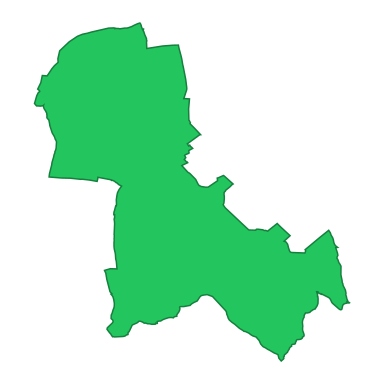 Secuieni, Bacau, Romania
{"feature_id": "2599482B43684925441609", "entity_name": "Secuieni", "entity_type": "district", "adm_level": 2, "iso_a3": "ROU", "parent_name": "Romania", "parent_adm1": "Bacau", "projection": "robinson", "projection_center": [27.105, 46.648], "detail": "fine", "context": "isolated", "style": "filled", "palette": "green", "viewbox_px": 384, "rotation_deg": 0, "n_neighbors": 0, "source": "geoboundaries", "source_scale": "gbopen_adm2", "svg_char_len": 5996}
<svg xmlns="http://www.w3.org/2000/svg" viewBox="0 0 384 384"><path d="M281.2,361.0L283.3,359.2L283.7,358.7L283.9,358.2L283.6,357.3L283.6,356.9L284.3,356.2L284.3,355.1L284.9,354.4L285.7,354.0L286.2,353.3L287.5,352.3L287.6,351.7L289.4,348.8L289.5,348.0L290.5,346.9L291.6,346.3L291.5,345.3L291.8,344.8L292.1,344.5L293.4,344.2L294.1,344.2L295.2,343.8L295.4,343.4L295.4,342.5L296.1,341.6L296.1,340.9L296.8,339.9L297.3,339.6L298.7,339.6L300.8,339.2L302.1,338.4L302.4,337.2L303.6,336.5L304.0,335.9L304.1,335.0L303.7,333.4L302.7,330.6L302.6,329.8L302.6,327.6L302.8,326.4L302.4,322.4L302.6,320.7L303.2,318.8L304.1,317.2L304.1,315.9L304.4,314.9L305.6,312.9L307.2,313.0L309.8,312.4L310.7,311.3L311.8,310.7L312.6,309.9L313.8,309.5L314.7,308.9L315.1,309.0L317.2,305.7L318.0,303.4L318.1,298.9L317.9,296.7L317.5,296.6L317.5,295.3L317.6,295.2L317.5,294.4L316.6,291.7L317.1,291.6L318.1,291.9L318.3,292.5L318.1,292.6L318.3,293.0L318.6,293.0L321.2,294.3L321.8,294.4L321.7,294.0L328.6,297.5L329.5,298.2L330.5,299.5L331.7,302.2L332.4,303.2L338.8,308.8L340.2,309.7L341.1,309.7L341.6,309.5L341.9,309.1L342.7,305.5L343.1,304.8L343.8,304.1L345.2,303.5L347.7,302.9L349.2,303.0L349.5,302.8L348.9,302.3L346.9,301.7L347.0,301.5L347.9,301.3L346.8,298.7L346.3,296.1L345.9,295.3L345.8,294.6L346.0,293.2L345.4,290.1L343.1,285.4L342.8,283.6L342.2,282.3L342.1,280.6L340.9,274.7L341.0,266.2L339.9,264.1L338.8,262.5L337.9,259.7L336.9,258.1L337.2,256.7L337.9,255.4L337.5,253.1L335.7,247.6L337.6,247.4L335.4,245.6L334.4,244.0L333.8,242.3L333.3,239.5L332.7,237.8L331.0,234.9L330.4,232.9L328.7,230.3L320.2,237.1L305.1,249.7L305.7,250.9L304.9,253.0L292.1,252.5L290.8,252.3L290.2,251.9L289.5,250.8L288.5,247.8L287.9,245.2L287.5,244.0L285.9,241.9L284.1,241.2L290.1,235.7L280.5,226.8L277.2,223.5L268.5,230.4L267.7,231.2L265.7,230.4L264.1,230.5L262.9,229.8L258.1,229.2L256.5,229.2L256.2,229.4L255.7,230.2L249.2,230.0L248.5,229.7L247.0,228.3L225.4,208.0L224.5,206.8L223.5,205.3L223.2,204.6L223.9,203.1L224.3,199.0L224.3,195.9L224.0,194.8L224.1,194.1L224.1,192.4L225.4,191.1L225.8,190.2L230.1,186.7L232.1,184.6L233.1,184.0L224.8,176.5L223.6,175.5L223.2,175.6L218.7,177.6L217.2,178.1L217.6,180.7L208.2,187.1L205.8,187.2L201.2,186.5L199.0,185.4L198.0,184.0L195.7,179.4L190.0,173.6L188.9,172.8L187.9,172.3L182.2,166.0L182.1,165.7L181.9,165.6L182.2,165.3L187.7,162.7L187.1,161.9L186.5,162.0L184.8,159.8L184.3,159.6L185.0,158.4L185.7,157.9L185.8,157.6L184.6,155.5L184.9,155.1L185.9,154.5L188.8,153.3L189.1,152.9L188.8,151.2L188.9,150.5L192.7,148.4L191.4,147.0L190.5,146.6L189.9,145.2L189.6,145.1L188.6,145.9L187.9,144.7L187.7,144.0L187.4,143.8L199.4,135.0L199.9,134.8L200.6,134.7L194.5,128.2L190.0,123.7L190.4,122.8L189.4,120.7L188.9,120.2L188.6,109.0L189.5,98.9L185.1,98.6L183.8,98.7L186.6,90.0L186.8,88.8L186.7,87.3L185.7,79.3L183.1,66.0L182.9,65.6L182.5,63.4L181.8,59.1L180.9,55.3L178.9,47.9L178.4,45.1L173.1,45.2L162.7,46.0L146.8,48.5L146.5,41.7L146.8,41.1L146.8,40.5L146.5,40.1L146.5,38.8L146.2,37.9L144.8,34.8L143.7,31.4L143.0,30.6L143.5,29.7L143.5,29.0L142.4,29.2L141.3,26.2L141.2,25.4L140.5,23.8L139.9,23.0L137.4,23.8L134.5,25.1L131.6,26.6L128.1,27.8L126.7,28.1L124.5,28.1L119.9,28.8L118.4,28.5L115.8,28.4L115.0,28.6L115.0,28.1L113.7,27.9L108.6,28.1L91.2,32.1L87.5,33.2L82.6,34.2L77.4,36.3L69.2,41.8L59.7,50.8L57.9,58.6L58.1,62.4L54.6,65.5L52.0,68.6L48.3,74.2L47.1,75.9L42.3,75.5L40.8,82.7L37.7,89.1L38.3,89.7L39.1,90.3L39.8,91.2L39.2,92.1L38.7,92.2L38.3,92.6L37.4,94.4L36.7,95.9L34.5,103.5L36.5,105.9L40.8,106.1L43.1,105.6L43.5,105.3L43.3,105.9L43.4,106.5L44.1,108.7L45.6,111.0L46.8,113.4L46.8,114.7L47.0,115.3L46.9,117.6L47.3,118.4L48.7,119.8L48.9,120.3L49.6,123.8L49.8,125.5L52.2,132.9L54.3,136.5L55.0,138.3L55.1,139.0L55.6,139.6L56.5,141.8L56.1,148.3L55.6,150.1L54.9,151.7L54.9,152.7L54.1,154.6L53.6,157.1L52.2,161.8L51.9,163.1L51.7,164.9L49.5,173.6L49.2,175.8L49.1,177.0L61.4,178.0L70.1,178.2L80.6,179.3L82.1,179.2L89.2,180.0L97.1,181.4L97.7,179.2L97.9,177.3L111.1,179.8L111.2,180.2L111.5,180.4L111.9,180.5L112.2,180.3L112.8,180.4L114.7,181.4L116.2,182.7L116.8,182.8L118.7,184.6L121.6,186.1L119.1,189.5L117.5,192.7L116.9,195.5L116.3,199.8L116.5,204.6L116.3,205.8L115.8,205.7L115.5,206.6L114.4,210.9L114.0,211.9L113.8,214.0L113.8,214.7L114.6,214.7L114.6,217.1L114.6,218.1L114.3,218.2L114.1,219.5L114.4,220.9L114.6,223.7L114.1,234.8L114.3,235.2L114.2,236.4L114.3,236.9L114.1,238.6L114.2,241.1L114.0,242.0L114.0,246.3L114.3,249.2L115.1,252.5L115.4,254.4L115.7,259.0L116.2,260.9L116.4,262.4L117.0,268.9L110.3,268.7L104.5,270.4L105.8,273.2L106.8,279.3L110.0,291.7L111.9,293.8L111.0,294.2L111.8,295.1L112.9,296.7L113.7,299.4L114.3,303.1L114.3,304.8L114.2,306.6L113.8,308.1L113.1,309.8L112.1,313.3L111.2,315.1L111.1,318.6L112.6,319.9L112.9,320.5L113.1,321.3L112.9,322.1L112.4,322.9L107.3,327.8L107.0,329.3L109.6,332.8L110.7,333.9L111.6,335.5L112.6,336.8L113.2,336.7L114.4,336.9L115.3,336.9L123.1,336.5L124.8,336.1L125.4,335.8L126.6,334.8L127.8,334.7L128.0,334.5L128.1,332.6L128.3,332.2L128.7,332.1L129.4,331.1L132.1,325.3L132.5,324.9L137.0,322.9L138.0,322.2L138.6,321.5L139.1,321.2L140.1,321.2L141.1,321.5L142.8,322.2L144.2,323.2L145.2,323.0L147.8,323.8L149.5,323.8L151.9,324.3L155.1,324.2L155.5,324.1L155.6,323.2L157.1,323.5L157.3,323.4L157.4,323.1L157.2,322.1L157.2,321.7L157.9,321.3L158.8,321.1L160.7,321.0L162.6,319.8L164.2,319.1L168.8,317.6L171.3,317.5L173.5,317.8L174.0,317.0L174.7,316.6L176.8,316.3L176.8,315.1L177.0,314.5L178.8,312.0L179.7,310.0L179.9,308.7L179.6,307.2L179.8,306.8L180.6,306.6L183.6,306.6L190.1,305.4L191.6,303.9L193.9,302.5L197.2,301.0L199.8,297.0L200.8,296.0L201.7,295.5L203.5,295.1L207.2,294.6L212.5,296.5L225.3,310.3L226.3,311.6L226.8,314.3L227.5,315.9L228.3,318.4L229.3,320.0L231.8,322.2L234.8,324.3L239.4,328.3L243.1,330.6L243.9,331.3L245.3,331.5L248.4,332.9L249.7,333.7L250.2,334.3L252.8,335.9L256.1,337.0L259.2,340.6L260.7,344.0L262.6,346.2L263.3,346.8L265.4,347.8L268.0,349.5L269.5,350.2L274.2,353.0L276.3,353.8L278.0,354.7L278.9,358.3L281.2,361.0Z" fill="#22c55e" stroke="#15803d" stroke-width="1.5"/></svg>